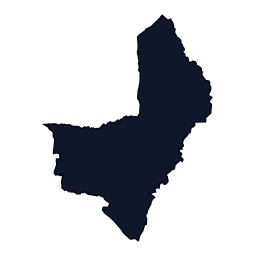 outline of Granada, Meta, Colombia
{"feature_id": "7082276B97448753570939", "entity_name": "Granada", "entity_type": "district", "adm_level": 2, "iso_a3": "COL", "parent_name": "Colombia", "parent_adm1": "Meta", "projection": "robinson", "projection_center": [-73.741, 3.504], "detail": "fine", "context": "isolated", "style": "filled", "palette": "ink", "viewbox_px": 256, "rotation_deg": 0, "n_neighbors": 0, "source": "geoboundaries", "source_scale": "gbopen_adm2", "svg_char_len": 5814}
<svg xmlns="http://www.w3.org/2000/svg" viewBox="0 0 256 256"><path d="M44.2,124.5L45.2,125.2L48.2,126.9L49.5,129.2L53.4,132.0L53.4,136.8L54.2,137.1L54.8,140.7L53.8,150.0L53.6,150.7L53.6,153.5L54.1,153.4L54.6,152.9L55.8,153.1L56.3,152.8L57.0,152.7L58.4,153.5L59.8,153.7L59.9,156.7L60.4,159.4L59.1,159.0L56.6,159.1L56.4,160.3L56.8,164.8L54.6,171.2L54.3,173.1L54.4,173.4L55.1,174.0L55.7,173.9L55.6,174.6L55.9,175.0L56.4,174.6L56.6,174.8L57.1,174.7L57.5,174.4L58.5,174.8L59.2,174.2L59.9,174.7L59.9,175.0L59.6,175.2L59.6,175.4L59.8,175.5L60.7,175.3L60.7,174.8L61.1,174.6L61.8,174.7L62.5,174.4L62.5,174.6L61.9,175.1L61.9,175.5L62.2,175.8L63.1,176.2L62.6,177.0L61.6,181.6L61.7,183.4L62.1,184.6L62.0,187.5L62.3,188.3L63.4,188.8L63.9,189.6L65.0,190.3L65.8,190.0L67.4,189.9L68.0,190.5L68.1,191.1L68.5,191.2L68.7,191.5L69.3,190.8L70.1,190.8L70.6,191.2L70.8,191.9L71.1,192.0L72.2,191.4L72.4,191.4L72.9,192.0L73.6,191.9L73.9,192.1L74.1,191.5L74.7,191.5L74.9,192.3L75.6,192.6L76.0,193.4L76.9,193.9L77.8,193.5L78.4,193.8L80.1,193.9L80.5,193.5L80.5,192.8L81.0,192.4L81.5,192.3L81.8,191.8L82.5,192.0L82.9,192.6L83.3,192.5L83.7,191.9L84.3,192.0L84.8,191.5L85.0,192.2L85.6,192.6L86.0,192.6L86.6,193.2L87.1,193.0L87.6,193.9L88.4,194.4L90.1,194.2L91.1,194.7L92.4,194.6L93.4,195.2L94.4,194.7L95.2,195.2L95.7,195.0L95.8,195.3L96.1,195.1L96.2,195.4L96.5,195.4L96.6,195.7L97.8,195.5L98.8,194.8L99.2,194.8L99.9,195.2L100.3,195.8L101.2,196.2L101.7,195.9L102.8,196.1L102.9,196.9L103.8,197.2L104.4,198.0L104.5,198.9L105.4,199.9L106.7,200.0L106.9,200.4L106.6,200.8L107.3,201.1L107.4,201.5L108.3,201.5L108.9,202.6L109.7,202.8L110.0,203.8L109.2,204.9L108.5,207.0L108.0,207.4L106.9,207.5L105.5,207.1L103.3,207.4L103.3,207.7L103.1,207.7L103.0,208.0L102.6,210.3L102.7,210.6L103.3,210.7L103.5,209.9L104.2,210.0L104.3,210.3L103.9,210.8L104.2,211.4L104.1,212.4L108.5,216.0L109.8,216.7L110.7,217.8L113.8,220.5L122.2,230.3L123.0,232.0L124.9,234.1L129.5,238.2L130.4,239.0L131.6,239.0L134.8,238.3L136.7,239.3L137.2,240.0L138.3,240.6L139.7,235.4L142.8,230.6L143.2,229.0L144.3,225.7L145.2,224.0L146.3,224.2L146.5,218.5L145.5,216.3L145.4,215.5L145.8,215.1L145.8,214.6L146.8,213.2L147.1,212.3L146.6,212.2L151.0,203.2L150.4,202.6L151.5,201.1L152.3,199.3L154.6,197.5L153.4,196.2L152.4,196.2L152.2,195.4L149.2,193.6L150.7,193.3L154.9,191.8L155.5,191.9L154.4,188.2L155.5,188.5L157.8,187.4L159.2,187.9L159.2,184.4L160.2,183.9L160.7,183.0L161.4,183.0L161.9,182.5L162.2,182.5L163.2,182.9L163.4,183.8L163.6,183.9L165.6,184.1L166.3,183.6L167.3,182.3L167.4,181.9L167.9,181.5L167.8,179.9L167.3,178.4L167.3,176.8L166.4,175.3L166.2,174.4L171.1,170.5L172.5,168.2L173.0,169.4L173.4,169.4L174.1,168.9L174.5,168.3L174.7,165.9L175.1,164.7L180.2,160.2L180.4,160.0L182.1,161.4L182.9,160.0L182.9,159.5L182.4,158.7L180.5,157.2L180.6,156.1L181.5,154.4L181.5,153.6L180.9,152.9L179.5,152.2L179.2,151.4L179.1,150.4L179.6,149.1L181.9,149.0L181.5,147.3L182.1,147.0L183.2,146.1L183.0,144.3L182.5,143.8L182.4,142.2L183.4,139.6L185.3,137.1L186.7,136.0L186.6,135.6L187.8,134.6L187.8,134.1L188.4,133.1L189.5,132.8L190.2,132.3L190.6,129.3L191.2,127.4L191.9,126.9L193.1,127.0L193.7,126.3L194.0,125.3L194.7,125.2L194.5,122.0L205.4,121.8L205.7,120.1L205.2,118.0L210.6,113.2L211.4,104.3L208.6,101.8L211.8,97.4L208.2,95.3L210.4,90.4L210.4,89.8L210.7,88.7L210.6,87.0L210.3,86.2L209.5,85.4L209.4,84.5L209.7,82.7L209.2,81.3L207.7,80.8L205.8,80.8L203.2,77.0L202.6,76.7L201.8,74.5L201.7,73.5L202.2,72.6L202.4,72.0L201.1,71.5L200.7,70.9L201.3,70.2L201.3,68.5L200.4,67.6L198.6,66.6L198.4,66.1L197.2,65.9L196.4,65.3L196.2,64.9L196.2,63.3L195.0,61.6L193.1,61.9L192.9,61.3L192.5,61.2L192.2,61.5L192.2,62.3L191.5,62.0L191.0,62.1L190.8,63.2L190.0,63.1L188.3,61.2L188.1,60.2L188.3,59.3L187.9,58.1L187.4,57.5L185.8,57.3L185.0,56.7L184.7,55.4L184.6,53.9L183.3,52.9L182.7,51.9L183.0,50.4L183.2,50.2L184.2,50.0L184.3,49.3L183.8,48.1L182.8,47.0L182.2,44.9L180.8,43.3L180.8,41.1L180.5,40.1L178.1,37.8L176.8,37.3L175.8,34.9L174.7,33.3L174.5,31.3L175.1,29.3L173.4,27.7L173.5,25.8L173.0,23.7L172.3,22.3L171.1,20.5L170.7,19.2L167.9,20.4L162.2,15.4L160.8,16.9L160.9,17.4L159.8,18.2L157.8,20.4L153.9,23.8L153.1,24.9L151.5,26.4L149.6,27.6L145.9,29.3L145.7,29.5L146.1,30.2L142.7,32.6L141.4,33.7L139.8,34.5L137.7,37.0L137.7,38.7L138.0,41.6L138.2,45.7L138.1,49.7L138.0,50.6L137.4,51.7L137.9,52.9L137.6,53.9L138.1,54.5L138.2,55.2L138.6,59.1L139.0,60.1L139.2,61.0L138.6,63.2L139.2,65.9L139.3,68.6L138.6,70.1L140.4,72.6L140.4,73.5L140.1,75.3L140.3,78.7L140.0,82.3L139.0,88.1L138.3,90.3L137.8,98.2L138.0,99.1L138.9,99.9L139.2,100.5L140.3,104.2L139.8,113.3L139.6,114.0L138.4,115.4L137.8,117.1L137.5,117.2L136.4,116.8L135.0,116.7L133.7,116.9L133.2,116.5L132.9,116.7L131.5,116.5L131.2,116.2L130.6,116.1L129.8,116.6L129.2,116.5L128.0,117.8L127.5,117.8L126.8,116.3L126.4,116.1L126.0,116.5L124.6,116.9L123.8,117.4L122.4,119.0L122.0,119.1L121.5,119.7L120.6,119.5L120.3,119.8L120.3,120.8L119.9,121.1L118.8,121.1L118.3,120.3L117.6,120.2L117.0,121.0L116.2,121.4L115.8,122.2L115.2,122.1L113.8,123.0L113.2,122.9L112.5,122.4L111.8,122.7L110.9,122.4L110.4,121.9L110.1,121.9L107.5,123.4L107.3,124.4L106.8,125.0L105.0,125.3L103.9,124.2L103.5,124.2L100.0,128.1L99.3,128.4L98.3,128.4L97.5,128.9L96.0,128.5L95.2,128.9L94.0,129.1L93.3,128.1L92.2,128.2L91.6,128.0L90.2,128.9L89.6,128.5L89.0,127.2L88.4,126.9L87.8,127.0L86.0,127.8L84.8,126.9L84.3,126.9L83.2,128.1L82.7,128.3L81.8,128.3L80.2,127.8L79.7,128.0L79.3,127.7L79.2,127.0L78.3,126.5L77.3,126.7L77.1,126.6L76.1,126.4L75.1,126.9L73.7,126.3L72.4,126.4L71.5,125.7L70.4,125.4L69.6,124.8L68.5,124.7L67.1,125.2L66.3,124.8L64.2,124.4L63.3,124.7L62.6,124.6L61.6,124.1L61.2,124.1L61.0,124.7L60.5,125.0L59.4,124.8L58.5,125.2L57.5,124.6L56.7,124.3L55.8,124.4L55.0,123.9L54.1,123.8L52.9,124.3L51.9,124.0L49.6,124.4L48.8,123.9L47.4,124.4L44.2,124.5Z" fill="#0f172a" stroke="#020617" stroke-width="1.5"/></svg>